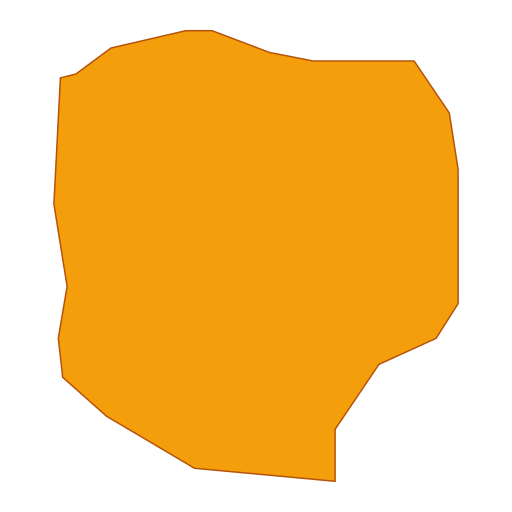 outline of Jungnang-gu, Seoul, South Korea
{"feature_id": "91817680B66829558888986", "entity_name": "Jungnang-gu", "entity_type": "district", "adm_level": 2, "iso_a3": "KOR", "parent_name": "South Korea", "parent_adm1": "Seoul", "projection": "natural_earth1", "projection_center": [127.092, 37.588], "detail": "fine", "context": "isolated", "style": "filled", "palette": "amber", "viewbox_px": 512, "rotation_deg": 0, "n_neighbors": 0, "source": "geoboundaries", "source_scale": "gbopen_adm2", "svg_char_len": 416}
<svg xmlns="http://www.w3.org/2000/svg" viewBox="0 0 512 512"><path d="M414.1,61.0L313.1,61.0L269.2,52.4L212.1,30.7L185.7,30.7L111.0,48.0L75.9,74.0L60.4,77.9L55.9,165.7L53.9,204.0L67.1,286.3L58.3,338.3L62.7,377.3L106.6,416.3L149.3,441.5L150.6,442.3L194.5,468.3L335.1,481.3L335.1,429.3L379.0,364.3L436.1,338.3L458.1,303.6L458.1,169.3L449.3,113.0L414.1,61.0Z" fill="#f59e0b" stroke="#b45309" stroke-width="1.5"/></svg>